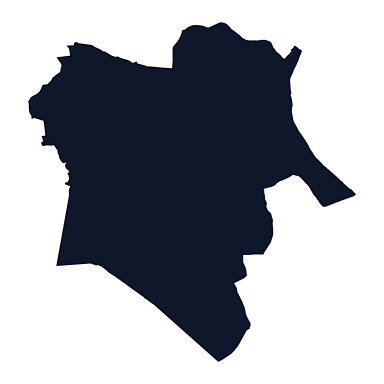 the district of Miclesti, Vaslui, Romania
{"feature_id": "2599482B22434566679627", "entity_name": "Miclesti", "entity_type": "district", "adm_level": 2, "iso_a3": "ROU", "parent_name": "Romania", "parent_adm1": "Vaslui", "projection": "natural_earth1", "projection_center": [27.843, 46.821], "detail": "fine", "context": "isolated", "style": "filled", "palette": "ink", "viewbox_px": 384, "rotation_deg": 0, "n_neighbors": 0, "source": "geoboundaries", "source_scale": "gbopen_adm2", "svg_char_len": 5744}
<svg xmlns="http://www.w3.org/2000/svg" viewBox="0 0 384 384"><path d="M218.4,361.0L223.0,358.5L231.2,352.9L234.1,349.8L234.5,349.1L237.2,345.9L240.6,339.9L245.7,330.7L246.0,329.9L248.1,328.6L248.8,328.4L248.9,327.6L249.8,325.5L249.9,323.8L246.2,316.9L245.3,314.5L244.0,307.9L242.1,303.4L241.3,301.1L240.1,299.2L239.0,296.8L236.8,292.6L236.5,291.3L236.3,289.4L235.7,287.7L234.2,285.0L233.0,283.0L244.2,277.3L244.9,276.3L246.0,275.5L245.9,273.0L245.4,269.5L244.7,267.4L242.3,262.0L242.5,260.9L242.4,259.1L242.5,256.8L242.2,255.5L242.1,254.9L242.8,254.5L244.3,254.2L250.5,254.1L254.2,253.7L258.4,253.7L262.1,253.8L263.1,253.6L263.1,253.0L270.0,242.3L271.2,238.6L272.3,235.2L272.5,233.0L272.3,228.6L271.9,223.2L272.2,220.8L271.9,218.9L271.4,218.1L271.1,216.9L270.8,216.0L270.8,215.2L270.6,214.4L269.7,213.2L268.1,211.7L266.9,210.2L266.0,208.2L265.3,205.1L266.1,204.7L266.0,203.1L265.5,201.7L264.7,200.0L264.2,198.6L264.2,196.2L263.5,192.6L263.4,190.5L262.7,189.4L262.8,188.6L263.9,188.0L266.1,187.5L268.9,186.6L270.3,186.6L272.1,185.8L273.5,185.3L274.8,184.5L275.6,183.3L279.4,180.6L283.9,179.0L285.7,178.0L287.3,177.5L291.5,175.0L292.3,174.1L293.2,174.0L296.5,175.0L298.1,175.1L299.7,175.9L301.5,177.5L306.7,183.2L308.4,184.8L309.6,186.5L314.3,194.6L316.3,196.7L317.8,199.0L319.4,201.0L319.7,202.0L322.5,205.4L323.9,206.2L326.4,205.7L335.7,202.0L346.0,198.1L353.5,195.5L354.1,195.1L355.0,194.2L354.0,193.4L352.3,191.5L350.7,189.9L348.7,189.0L348.4,188.5L346.4,186.7L345.0,185.8L342.0,182.7L342.0,182.2L341.0,181.9L339.9,181.0L339.1,180.0L331.6,173.1L330.1,172.0L329.0,170.8L327.2,169.5L325.2,167.6L322.6,165.5L320.8,163.3L319.0,161.6L317.8,160.3L316.3,159.0L315.2,157.9L314.2,156.2L313.2,155.1L312.5,153.7L311.8,152.6L310.2,150.5L309.5,149.2L308.8,148.2L308.7,147.7L306.9,144.1L305.5,142.2L304.9,140.9L304.1,139.8L302.2,136.9L298.6,131.9L297.8,130.6L295.6,126.3L293.1,121.9L292.4,119.5L291.6,114.5L291.1,112.2L291.2,106.9L291.3,106.7L291.8,106.3L291.9,105.9L291.6,102.5L290.7,97.6L290.2,96.1L289.5,95.1L289.6,94.9L290.3,93.9L290.5,93.6L290.5,93.3L289.9,88.8L289.8,86.6L289.6,85.9L289.6,85.0L289.3,80.2L289.6,78.6L290.6,75.6L292.3,72.3L293.3,69.3L293.9,68.4L294.3,67.3L295.5,65.4L296.6,62.3L297.5,60.8L298.9,56.7L300.9,52.0L301.0,51.5L300.9,50.6L300.4,50.2L299.6,50.2L299.4,50.1L298.7,49.5L297.7,48.8L297.0,48.0L296.6,47.7L296.2,47.6L295.7,47.0L294.8,46.5L293.8,48.2L293.3,48.8L293.0,49.1L292.8,49.5L292.6,49.7L291.8,49.8L291.7,49.9L292.2,51.3L290.1,54.1L289.7,54.4L289.5,54.9L289.1,54.9L287.9,56.2L287.2,56.7L286.7,57.5L286.4,57.8L285.8,58.7L284.9,59.5L284.4,59.7L283.9,59.6L283.6,59.2L281.7,57.8L281.1,57.1L280.7,56.5L280.5,56.2L280.0,55.6L275.7,51.9L275.4,51.4L275.2,51.2L274.0,49.3L272.6,47.8L272.4,47.2L272.4,46.9L271.9,45.6L271.4,45.2L271.1,44.6L271.0,44.3L271.1,44.0L270.7,43.2L270.3,42.6L270.1,42.4L269.9,42.4L269.7,42.2L268.9,42.0L268.7,41.8L268.4,41.8L268.2,41.5L267.9,41.4L267.6,41.6L266.9,41.2L266.5,41.3L266.3,41.1L265.9,41.0L265.7,40.7L265.3,40.8L265.0,40.6L262.2,40.6L260.7,40.9L260.0,40.9L259.5,40.8L259.3,41.0L258.0,41.3L255.8,41.1L250.4,41.2L248.3,41.1L247.1,40.9L246.2,40.7L244.8,40.2L244.4,39.6L244.2,39.4L243.6,39.5L241.5,38.1L241.3,37.8L240.7,37.2L239.6,36.0L238.7,35.4L236.2,33.4L235.0,32.6L233.6,31.4L230.8,29.5L229.5,27.7L227.0,25.1L226.3,24.6L224.9,24.0L221.7,23.0L220.1,23.2L219.3,23.5L212.5,26.6L209.7,28.0L208.7,28.3L206.1,28.0L204.0,26.9L202.2,26.4L200.1,26.1L196.0,25.7L192.6,26.0L190.4,26.7L189.4,27.3L188.3,27.9L186.5,29.3L186.1,29.8L185.1,30.3L182.6,31.0L182.6,31.8L182.5,32.6L181.0,36.5L179.9,39.0L178.1,41.9L174.1,46.5L173.4,48.3L173.3,49.0L173.4,52.2L173.3,57.4L173.5,59.7L173.1,64.7L172.8,69.1L167.1,68.7L157.3,67.9L154.0,67.5L153.5,67.6L150.9,67.2L147.7,67.2L146.0,66.5L137.3,64.2L136.8,64.2L136.3,62.5L134.2,63.2L132.5,63.5L131.9,63.9L130.7,62.5L129.7,61.7L128.0,60.9L121.3,58.9L119.6,58.2L117.5,57.2L116.7,57.5L115.8,57.8L114.8,57.5L111.7,56.4L105.1,52.5L104.3,52.2L103.6,52.1L103.3,52.3L100.4,50.4L99.0,49.6L95.3,48.0L91.4,45.7L77.4,43.8L76.7,42.8L76.5,42.7L75.8,42.8L75.5,43.1L75.2,43.5L74.7,43.7L74.7,45.6L74.6,46.0L68.1,46.3L68.9,47.1L69.7,48.3L71.1,56.3L57.8,57.9L59.1,59.7L59.6,60.8L60.9,61.8L62.4,65.4L61.4,68.5L61.0,71.4L60.7,72.5L57.0,75.0L55.2,76.5L54.2,77.5L53.2,78.0L52.9,78.2L52.9,78.9L51.2,81.7L49.1,83.4L48.9,84.0L49.1,84.7L43.2,85.5L42.6,87.3L40.4,91.6L37.5,94.5L34.5,95.9L31.1,97.9L29.8,100.7L29.0,101.7L29.5,103.5L29.6,108.3L29.7,110.2L30.3,112.9L31.2,113.9L31.7,114.7L32.1,116.2L32.3,117.9L34.5,117.2L38.8,118.5L41.5,119.5L44.0,119.9L44.8,124.1L45.5,129.9L46.1,136.3L42.7,136.7L43.6,140.0L44.0,140.6L44.1,141.3L43.0,142.4L42.0,142.7L42.0,143.0L42.3,144.2L42.8,145.0L43.5,145.3L46.1,144.6L51.9,144.9L53.1,144.3L53.9,144.3L54.0,144.5L54.6,144.5L54.9,144.4L55.0,145.7L56.1,146.8L56.2,147.3L56.8,148.4L57.7,149.3L58.4,150.6L58.2,151.8L58.4,152.7L58.9,154.0L59.3,154.9L60.4,156.4L60.5,156.6L59.8,156.6L59.7,156.9L60.4,158.5L61.0,159.7L63.0,162.3L64.7,162.1L66.1,161.7L67.0,161.7L67.2,162.1L66.9,163.2L66.2,164.3L66.2,164.7L66.3,165.0L65.8,165.3L66.0,166.5L66.9,168.2L68.4,169.2L68.9,169.9L69.9,171.7L70.1,172.3L69.8,173.0L69.2,173.0L68.8,173.6L68.4,173.7L69.3,175.2L69.9,178.7L69.8,179.2L69.3,180.5L68.5,181.9L67.8,182.7L65.7,183.3L65.9,183.9L66.9,184.1L71.3,185.9L69.9,189.1L69.5,191.1L69.7,192.0L69.6,194.1L69.9,194.8L57.2,265.2L89.7,262.8L91.6,262.9L92.5,263.6L94.9,264.0L96.0,264.8L97.7,264.0L99.9,265.2L101.2,265.4L102.8,266.8L104.2,267.6L105.4,268.7L107.1,269.9L107.5,270.3L108.3,271.3L109.2,272.0L111.6,273.5L112.4,273.6L112.4,274.1L114.0,275.0L116.3,276.6L123.8,281.9L127.1,284.1L127.9,284.9L131.6,287.7L134.8,289.9L142.2,295.2L144.7,296.9L144.7,297.3L145.2,297.7L148.7,300.0L150.3,301.3L152.0,302.5L153.9,303.7L218.4,361.0Z" fill="#0f172a" stroke="#020617" stroke-width="1.5"/></svg>